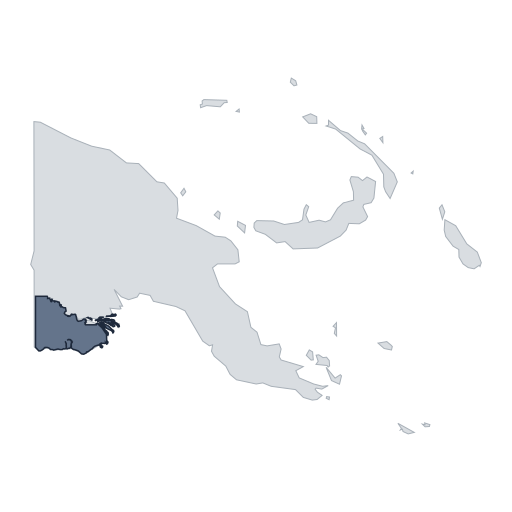 South Fly District, Western, Papua New Guinea (highlighted)
{"feature_id": "67681753B32450151371022", "entity_name": "South Fly District", "entity_type": "district", "adm_level": 2, "iso_a3": "PNG", "parent_name": "Papua New Guinea", "parent_adm1": "Western", "projection": "natural_earth1", "projection_center": [142.961, -8.494], "detail": "fine", "context": "in_parent", "style": "filled", "palette": "slate", "viewbox_px": 512, "rotation_deg": 0, "n_neighbors": 0, "source": "geoboundaries", "source_scale": "gbopen_adm2", "svg_char_len": 9549}
<svg xmlns="http://www.w3.org/2000/svg" viewBox="0 0 512 512"><path d="M34.2,346.9L34.1,270.2L30.7,264.5L34.1,250.9L33.9,121.6L40.3,122.2L71.0,138.0L91.7,146.2L109.7,150.0L126.4,162.9L138.7,163.6L156.9,181.8L164.3,183.0L177.2,198.2L178.0,210.4L176.5,218.2L196.2,225.6L215.0,236.1L225.2,237.2L230.9,240.9L237.9,249.8L239.2,261.8L235.1,263.9L217.5,263.9L212.5,267.8L219.5,286.6L235.4,303.9L247.4,311.7L250.9,327.3L257.0,332.2L260.9,344.6L267.1,345.9L279.2,343.9L281.1,349.0L279.3,356.9L281.1,360.0L303.3,366.6L295.8,370.7L299.2,377.9L313.7,384.0L322.7,386.3L328.2,385.6L321.8,389.1L316.1,388.1L315.1,389.2L317.4,392.2L322.1,395.4L317.1,399.5L312.3,400.1L303.3,397.4L295.5,389.6L271.2,386.3L262.8,382.9L256.2,384.0L236.5,379.8L230.1,374.4L225.8,366.1L214.2,356.2L211.5,351.3L212.6,344.8L209.4,345.8L202.7,341.1L185.0,310.8L175.9,306.5L153.4,301.3L150.1,295.4L139.6,293.2L137.2,297.0L128.6,299.7L121.3,296.8L114.1,289.4L122.6,306.2L119.6,306.1L121.0,308.7L119.4,309.1L110.0,308.2L112.8,315.1L97.4,318.9L85.8,317.6L80.3,319.3L78.1,319.1L75.1,313.9L70.9,314.9L74.4,315.0L78.9,320.9L88.5,320.1L97.9,324.6L105.8,334.5L105.4,341.4L84.0,354.1L71.6,348.7L53.5,350.1L47.0,348.0L38.9,350.4L34.2,346.9ZM358.1,177.2L362.5,180.6L367.0,177.0L375.6,181.5L373.9,198.1L371.1,202.7L363.8,204.4L362.9,206.9L367.6,216.6L365.6,220.1L359.3,223.8L348.8,223.4L346.1,230.1L340.3,236.1L317.6,248.0L293.1,248.9L285.1,241.6L276.6,242.9L265.3,234.3L255.8,230.8L253.9,227.4L254.2,223.1L256.8,220.6L273.7,221.0L284.4,224.5L298.6,222.4L302.5,219.8L304.0,209.1L306.3,204.7L308.7,206.7L305.8,215.0L309.1,222.4L319.1,220.2L325.5,221.9L330.5,219.8L337.6,208.2L343.3,202.9L353.6,200.2L353.4,191.7L349.9,180.0L351.3,176.6L358.1,177.2ZM481.3,262.7L480.0,266.5L479.3,265.3L474.1,268.8L468.2,267.6L463.0,263.9L459.0,257.1L458.8,249.5L453.1,246.2L445.7,236.5L444.2,230.1L444.9,219.7L455.7,225.7L466.8,243.9L477.3,252.1L481.3,262.7ZM397.3,181.9L390.1,198.5L385.6,191.7L383.8,186.9L383.5,174.2L371.9,155.2L360.0,148.9L335.7,129.1L326.1,126.0L328.5,125.1L328.5,120.3L340.5,130.6L347.9,133.1L357.8,141.0L364.6,143.8L393.9,173.3L397.3,181.9ZM203.9,99.6L226.8,100.3L227.2,102.5L224.2,102.7L220.3,106.8L206.6,105.6L200.6,107.7L200.2,104.8L202.4,104.0L202.1,101.0L203.9,99.6ZM318.8,354.8L323.0,357.6L326.5,357.2L329.2,360.5L329.6,365.9L328.1,367.1L327.1,365.5L316.0,364.4L318.2,361.3L316.1,355.2L318.8,354.8ZM316.9,123.4L308.8,123.3L302.7,116.9L310.6,113.8L316.7,116.7L316.9,123.4ZM335.1,378.1L340.3,374.7L341.5,375.9L339.5,384.2L331.5,380.6L326.1,367.3L335.1,378.1ZM378.0,343.1L386.8,341.6L391.1,345.2L392.3,346.5L391.5,350.0L384.1,348.5L378.0,343.1ZM397.9,423.3L414.3,432.4L408.2,433.9L403.0,431.5L402.4,429.2L400.3,430.0L401.4,428.4L397.9,423.3ZM244.6,232.9L237.3,226.0L237.7,221.3L245.5,225.4L244.6,232.9ZM313.3,359.9L311.1,360.1L306.3,355.3L309.3,349.9L312.6,351.9L313.3,359.9ZM442.4,219.3L439.3,208.1L442.0,204.8L444.8,211.8L442.4,219.3ZM219.3,219.2L214.2,214.9L217.9,210.9L220.2,213.0L219.3,219.2ZM296.9,85.0L294.0,85.8L290.3,82.2L291.3,78.1L295.7,80.8L296.9,85.0ZM185.8,191.8L182.7,195.8L180.7,192.8L184.0,188.3L185.8,191.8ZM336.5,322.6L336.6,336.0L334.3,333.4L335.5,327.8L333.1,326.3L336.5,322.6ZM107.7,326.1L112.6,331.6L100.7,322.8L107.7,326.1ZM112.0,324.8L105.5,322.6L104.1,320.9L111.9,321.7L112.0,324.8ZM429.9,424.6L429.4,426.5L425.1,426.8L422.3,424.1L425.1,424.7L424.6,422.9L429.9,424.6ZM382.7,136.5L382.9,142.7L379.8,138.4L382.7,136.5ZM366.6,133.2L365.3,134.9L362.3,130.6L362.9,129.7L366.6,133.2ZM329.5,397.0L329.1,399.7L326.2,398.3L326.6,396.6L329.5,397.0ZM364.0,128.5L361.6,129.2L362.0,125.0L364.0,128.5ZM239.1,109.0L239.4,112.1L236.1,111.4L239.1,109.0ZM413.2,171.1L412.8,173.9L411.1,173.0L413.2,171.1Z" fill="#d9dde1" stroke="#a8b0b8" stroke-width="1"/><path d="M85.2,320.1L85.5,319.5L85.3,319.5L86.2,319.1L83.9,319.0L81.4,320.7L78.3,321.3L77.4,320.7L76.7,319.3L76.2,316.6L75.7,315.4L75.8,314.9L75.2,314.3L71.8,314.7L70.6,315.3L69.9,316.3L68.1,316.3L67.6,316.2L67.2,315.5L65.4,314.7L64.3,313.3L64.9,311.9L66.1,311.1L65.5,307.8L63.3,307.6L62.2,306.8L61.0,306.9L61.3,305.0L60.8,304.7L60.1,305.8L59.8,305.7L59.3,302.5L58.8,301.9L58.0,302.2L57.2,301.5L55.0,301.0L55.1,301.7L54.7,301.9L54.0,301.0L51.7,300.5L51.3,301.2L52.1,301.7L51.0,301.6L50.6,300.8L51.8,300.2L52.2,299.3L51.7,299.2L51.3,299.9L50.9,299.8L50.0,299.3L49.7,298.1L47.6,298.5L47.7,297.4L47.2,296.3L35.5,296.3L35.5,347.3L38.8,350.9L40.4,350.9L42.3,349.9L43.6,348.8L44.6,347.6L45.1,347.4L45.3,347.6L46.9,347.4L48.5,347.8L49.5,348.4L50.4,349.5L52.8,349.6L53.6,350.1L58.0,349.0L60.3,349.6L62.2,349.6L63.4,348.7L64.3,348.9L66.1,348.6L66.3,346.0L66.1,345.5L66.2,343.8L65.4,342.0L64.9,342.2L65.4,341.9L66.3,343.7L66.2,345.4L66.4,345.9L66.3,348.5L67.1,348.9L68.4,348.3L69.1,348.4L69.7,348.2L70.9,346.8L71.0,344.5L71.3,342.8L72.1,341.9L71.7,341.6L71.6,341.1L71.1,341.0L70.4,339.8L69.3,339.8L68.8,339.6L67.7,339.9L67.5,339.3L67.8,339.7L68.8,339.4L69.2,339.6L69.8,339.5L70.6,339.7L70.7,340.2L71.2,340.5L71.2,340.9L71.7,340.9L71.8,341.5L72.3,341.9L72.1,342.5L71.6,342.7L71.2,344.6L71.4,346.2L71.1,347.8L73.6,349.6L74.6,349.6L78.3,350.9L81.5,353.9L83.6,354.2L85.8,353.2L86.8,352.3L86.5,351.2L86.9,352.3L87.5,351.7L88.0,351.8L91.1,349.3L92.5,348.6L93.1,347.6L94.9,346.2L97.4,345.3L98.8,345.1L99.6,344.2L101.8,342.7L101.5,343.2L100.2,344.0L101.3,343.9L103.0,343.2L104.5,343.5L105.4,343.0L105.4,342.6L105.6,342.9L106.7,341.9L107.1,341.3L106.9,340.6L106.7,340.7L106.5,334.4L102.0,327.8L97.5,323.6L96.3,323.5L96.3,324.8L85.6,324.8L85.2,324.5L85.3,323.7L85.0,323.2L85.3,322.8L85.2,322.7L85.6,322.6L85.4,322.0L85.7,322.3L85.9,321.8L86.1,321.8L85.8,321.2L86.0,320.9L85.7,320.9L85.8,320.6L85.2,320.1ZM105.9,324.7L102.7,324.0L101.5,322.5L100.8,322.1L100.0,322.6L102.5,325.0L105.1,326.2L106.7,328.4L111.2,330.5L112.3,331.4L112.9,332.9L113.3,332.7L113.8,331.4L113.5,330.4L112.2,329.7L108.6,326.1L105.9,324.7ZM105.8,320.8L104.5,320.1L103.9,321.0L106.3,322.8L107.5,323.0L108.8,322.5L110.1,323.4L110.9,323.1L111.6,321.1L111.0,320.5L105.8,320.8ZM112.2,322.7L111.6,322.2L111.1,323.2L110.4,323.5L109.7,323.3L108.8,322.6L107.6,323.1L110.3,324.8L111.0,325.5L111.7,325.7L112.0,325.5L112.0,325.1L111.4,325.3L111.3,324.9L109.9,324.3L111.6,324.9L112.1,324.8L112.6,323.8L112.2,322.7ZM113.9,319.9L111.5,319.4L110.3,319.8L111.7,320.5L113.2,322.2L113.9,321.8L114.7,321.7L114.5,321.1L114.3,321.2L114.0,321.1L114.5,320.8L113.9,319.9ZM112.9,314.3L113.0,315.2L112.9,316.2L115.3,316.0L116.1,315.1L115.9,314.5L115.4,314.1L114.0,314.6L112.9,314.3ZM103.1,319.4L99.3,319.5L98.5,319.9L100.2,320.5L102.3,320.5L103.2,320.0L103.1,319.4ZM114.7,325.2L113.5,324.4L112.8,324.7L112.5,325.9L112.9,326.6L113.7,326.7L114.7,326.1L114.7,325.2ZM110.6,315.8L110.7,316.4L112.7,316.2L113.0,315.1L112.8,314.3L111.8,314.3L110.6,315.8ZM105.8,318.6L104.1,318.9L103.6,319.2L105.3,319.1L108.1,319.6L109.1,319.5L109.4,319.1L109.1,318.8L105.8,318.6ZM117.0,323.4L116.2,323.1L115.9,324.1L117.0,325.2L117.4,325.2L117.2,325.4L117.5,325.7L118.0,325.3L118.1,324.5L117.8,323.8L117.1,323.3L116.9,323.2L117.0,323.4ZM107.5,343.6L108.0,342.1L107.6,341.6L106.2,342.4L105.7,343.3L106.5,344.0L107.0,343.3L107.5,343.6ZM87.4,317.6L89.0,318.4L89.0,318.1L90.4,319.4L91.5,319.1L90.7,318.1L89.1,318.1L87.9,317.4L87.4,317.6ZM102.6,346.1L101.9,346.0L100.6,346.8L100.5,347.2L101.6,347.8L102.1,347.7L102.7,346.8L102.6,346.1ZM98.5,318.2L103.0,317.4L103.7,317.1L99.9,317.1L98.5,318.2ZM107.2,332.4L107.7,335.0L107.9,335.2L108.2,334.6L108.2,333.1L108.0,332.5L107.2,332.4ZM104.2,328.3L104.4,328.0L104.2,327.2L102.2,326.1L103.5,328.0L104.2,328.3ZM119.1,325.6L119.0,325.1L118.7,325.2L118.2,326.2L118.3,325.3L117.9,325.8L117.9,325.5L117.7,326.1L118.7,326.9L119.3,326.4L119.2,325.3L119.1,325.6ZM100.7,346.4L101.6,345.6L100.7,344.9L100.1,345.3L99.9,345.7L100.1,346.2L100.7,346.4ZM103.2,323.5L103.5,323.3L102.8,322.3L102.1,321.9L101.7,322.0L102.4,323.2L103.2,323.5ZM114.0,323.0L115.0,322.5L114.7,321.9L114.1,321.8L113.4,322.3L114.0,323.0ZM96.6,320.1L98.1,319.8L98.8,319.2L98.1,319.1L96.2,320.0L96.6,320.1ZM106.5,316.5L109.9,316.3L110.3,316.2L110.5,316.1L110.6,315.9L106.6,316.1L106.5,316.5ZM112.9,323.2L112.8,322.4L111.7,321.1L111.6,322.0L112.9,323.2ZM106.5,330.9L105.1,330.5L105.3,331.0L107.3,332.0L106.5,330.9ZM102.0,326.7L99.9,324.3L99.7,324.3L99.7,324.9L102.0,326.7ZM106.4,332.7L106.6,332.3L104.9,331.2L105.9,332.5L106.4,332.7ZM67.7,316.1L68.8,316.0L68.4,315.7L67.4,315.5L67.7,316.1ZM106.3,319.8L105.4,319.8L106.0,320.4L106.5,320.3L106.3,319.8ZM99.6,324.8L99.6,324.2L98.7,323.7L99.0,324.4L99.6,324.8ZM100.0,318.8L101.8,318.7L101.2,318.5L100.0,318.8ZM104.9,329.1L104.7,328.3L104.2,328.4L104.6,329.0L104.9,329.1ZM91.7,320.1L92.5,320.0L91.4,319.8L91.7,320.1ZM107.3,320.3L107.2,319.9L106.5,319.8L106.7,320.3L107.3,320.3ZM91.6,319.2L92.3,319.3L91.2,318.5L91.6,319.2ZM97.8,321.7L98.3,321.3L97.6,321.2L97.8,321.7ZM103.7,320.7L103.8,320.2L103.7,320.0L103.4,320.3L103.7,320.7ZM103.8,322.9L103.6,322.5L103.3,322.4L103.4,322.9L103.8,322.9ZM102.0,325.7L101.9,325.4L101.2,324.9L101.5,325.4L102.0,325.7ZM69.5,316.0L70.1,315.9L70.2,315.6L69.5,316.0ZM103.2,323.8L103.9,323.7L103.1,323.6L103.2,323.8ZM115.6,323.5L115.5,323.2L115.1,323.4L115.6,323.5ZM95.7,320.2L95.7,320.5L96.1,320.4L95.7,320.2ZM105.0,319.6L104.7,319.3L104.5,319.5L105.0,319.6ZM102.5,326.0L103.2,326.3L102.5,325.9L102.5,326.0ZM107.7,320.3L107.7,320.0L107.4,319.9L107.4,320.1L107.7,320.3ZM71.2,314.6L71.6,314.3L71.6,314.2L71.2,314.4L71.2,314.6ZM97.7,322.3L98.1,322.3L97.7,322.3ZM99.9,322.3L100.1,322.1L99.8,322.2L99.9,322.3ZM68.9,316.2L69.1,316.0L68.8,316.1L68.9,316.2ZM86.3,319.2L85.9,319.3L85.7,319.4L86.0,319.4L86.3,319.2Z" fill="#64748b" stroke="#1e293b" stroke-width="1.5"/></svg>